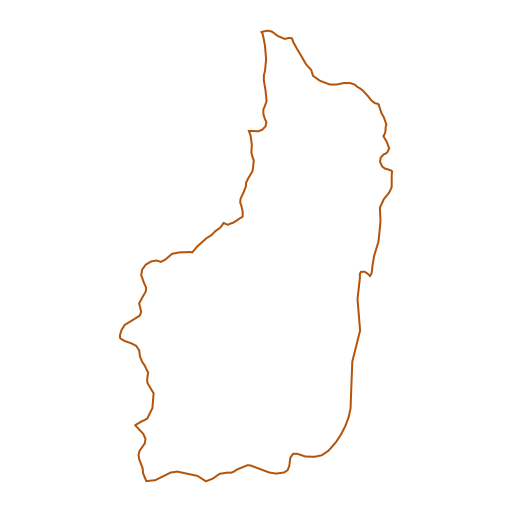 Southern, Robinson projection
{"feature_id": "RWA-3491", "entity_name": "Southern", "entity_type": "Province", "adm_level": 1, "iso_a3": "RWA", "parent_name": "Rwanda", "parent_adm1": "", "projection": "robinson", "projection_center": [29.673, -2.278], "detail": "fine", "context": "isolated", "style": "outline", "palette": "amber", "viewbox_px": 512, "rotation_deg": 0, "n_neighbors": 0, "source": "natural_earth", "source_scale": "10m", "svg_char_len": 2734}
<svg xmlns="http://www.w3.org/2000/svg" viewBox="0 0 512 512"><path d="M370.0,276.0L367.5,273.6L364.6,271.7L360.9,271.9L359.8,274.2L359.9,278.0L357.5,299.0L360.1,330.6L352.3,361.6L350.7,403.7L350.6,408.3L348.6,417.3L345.2,426.3L340.8,434.8L335.9,442.2L328.5,450.7L321.7,455.3L314.4,456.8L305.3,456.5L297.3,453.8L293.1,453.8L290.4,457.6L289.2,466.3L287.6,470.1L284.1,472.5L276.0,473.6L269.2,472.5L254.1,466.8L250.2,465.4L247.6,465.2L236.8,469.6L234.1,471.5L231.2,472.7L227.5,472.6L219.6,473.8L212.8,478.6L205.9,481.3L197.5,475.9L184.3,473.1L177.3,471.6L170.8,472.5L155.2,480.2L146.3,481.1L143.1,473.3L142.6,468.2L139.3,459.6L138.5,454.9L139.7,450.6L144.7,443.6L145.5,439.0L143.3,433.9L135.4,425.5L135.3,425.1L142.2,421.0L144.0,420.4L147.3,418.5L152.4,408.1L153.6,393.3L149.4,386.3L147.6,383.2L147.1,380.3L147.5,376.5L148.2,372.5L146.7,369.9L144.9,365.9L142.2,361.8L140.0,356.7L139.2,350.4L136.2,345.9L131.3,343.3L124.6,341.0L120.2,338.3L119.9,335.5L121.5,330.1L124.7,324.9L132.3,320.3L139.8,315.6L141.2,311.9L140.1,307.3L139.1,303.4L142.1,297.9L145.8,291.4L146.1,287.6L143.6,281.9L141.2,275.1L142.2,269.5L145.8,264.6L151.3,261.4L156.7,260.5L160.8,261.9L165.4,259.5L172.1,253.8L179.5,252.4L185.7,252.2L190.0,252.0L192.2,252.4L197.5,246.2L206.5,238.2L211.4,235.1L215.3,231.2L219.9,227.9L222.0,225.4L223.5,223.0L225.5,223.8L227.8,224.8L230.4,223.6L233.4,222.6L235.9,221.0L239.8,218.4L242.7,216.6L242.6,211.0L241.2,205.3L240.2,202.7L240.6,198.6L243.9,191.7L246.0,186.0L246.0,182.9L247.3,180.3L248.2,178.3L250.0,175.4L252.5,171.1L253.1,167.3L253.4,163.7L253.8,160.3L252.7,157.5L251.4,152.9L251.8,144.2L250.5,135.2L248.9,131.0L252.6,131.0L258.0,131.3L262.2,129.8L265.5,126.4L266.4,122.1L264.8,118.8L263.4,114.2L263.3,109.6L264.7,106.4L266.6,101.2L265.5,90.3L263.8,80.2L263.9,75.2L265.1,70.4L266.1,59.0L264.9,45.2L263.5,37.8L262.5,33.6L261.5,32.1L263.7,31.4L267.8,30.7L271.9,31.6L277.8,36.0L284.6,38.9L289.2,37.9L292.0,38.4L293.3,42.2L297.0,48.8L301.8,56.9L306.1,64.4L311.2,69.9L313.0,75.8L319.8,80.7L329.8,84.5L336.7,84.5L343.9,83.0L350.3,83.1L354.7,84.6L357.1,86.7L360.0,88.4L362.7,90.4L365.0,92.9L368.0,96.2L371.4,100.5L375.0,103.2L377.8,103.8L378.8,104.5L378.6,105.1L379.3,106.4L380.4,109.9L381.4,113.1L382.2,114.4L383.2,116.0L384.3,118.6L385.4,121.7L386.4,124.6L385.8,126.4L385.7,127.2L385.6,128.8L385.4,131.4L384.7,134.0L383.4,136.1L386.9,142.2L389.2,148.5L387.6,151.7L386.3,153.3L383.4,154.6L380.7,157.6L380.0,161.6L382.2,166.6L385.3,168.8L386.9,169.0L389.0,169.8L391.3,170.6L392.1,171.4L391.7,175.3L391.7,182.8L391.6,187.5L389.2,192.5L383.8,199.2L379.9,207.7L380.5,221.3L378.5,241.5L374.2,255.7L374.0,256.4L373.9,257.2L372.6,264.9L371.7,272.7L371.3,273.7L370.8,274.9L370.0,276.0Z" fill="none" stroke="#b45309" stroke-width="2"/></svg>